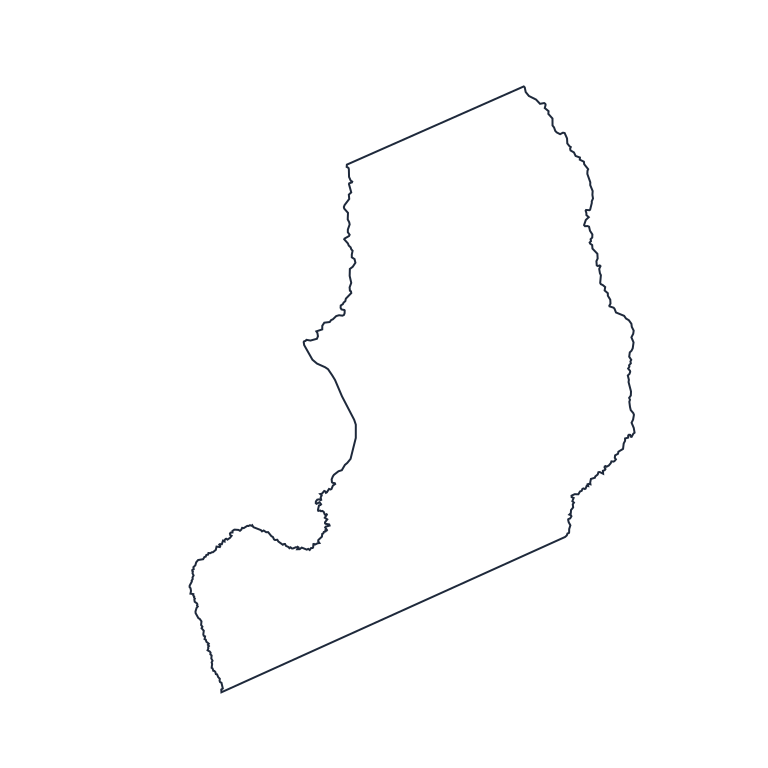 General Roca, Río Negro, Argentina (Albers equal-area conic projection), rotated 246°
{"feature_id": "61730980B10000603471831", "entity_name": "General Roca", "entity_type": "district", "adm_level": 2, "iso_a3": "ARG", "parent_name": "Argentina", "parent_adm1": "Río Negro", "projection": "albers", "projection_center": [-67.633, -38.378], "detail": "fine", "context": "isolated", "style": "outline", "palette": "slate", "viewbox_px": 768, "rotation_deg": 246, "n_neighbors": 0, "source": "geoboundaries", "source_scale": "gbopen_adm2", "svg_char_len": 6166}
<svg xmlns="http://www.w3.org/2000/svg" viewBox="0 0 768 768"><g transform="rotate(246 384 384)"><path d="M477.5,383.9L475.4,382.3L474.8,380.2L473.7,378.9L473.3,376.4L471.2,375.3L469.4,375.5L467.7,377.9L467.2,378.0L464.7,376.8L463.4,375.5L463.3,373.9L465.1,370.9L465.5,368.0L463.9,363.6L463.9,361.7L462.7,359.6L464.3,354.4L462.3,351.3L459.0,349.8L459.6,343.6L457.7,343.9L454.5,343.1L452.6,341.1L453.6,334.5L455.9,331.1L455.3,329.9L455.5,328.4L455.0,327.7L452.0,326.9L435.3,328.5L429.9,331.1L423.3,337.0L420.3,338.9L413.0,340.2L407.6,340.9L389.9,340.6L363.5,342.2L358.3,341.7L346.2,336.3L329.2,323.0L326.8,318.3L326.0,315.4L322.4,310.4L322.8,307.0L321.4,301.3L320.4,299.7L318.2,297.4L315.5,296.5L314.7,296.8L313.4,298.7L312.5,298.7L312.0,296.0L309.4,293.3L309.4,292.2L310.5,291.1L308.3,287.8L308.2,286.7L309.7,286.7L310.6,285.9L309.0,282.6L309.4,281.0L307.5,281.7L306.1,280.0L303.7,279.5L303.7,278.8L305.0,277.9L305.5,276.0L304.4,274.0L302.9,273.2L302.0,273.6L302.2,277.0L299.7,277.6L299.3,276.7L299.5,275.2L295.8,272.4L294.8,272.4L294.4,274.2L293.4,274.7L293.1,276.1L291.7,276.9L288.8,276.8L288.3,277.4L288.4,278.6L287.9,278.7L285.9,275.5L283.4,277.1L281.7,273.9L280.9,273.5L280.1,273.7L278.0,276.8L276.8,276.7L277.4,272.7L276.9,271.9L273.7,272.5L273.4,271.9L274.1,270.9L273.1,270.4L273.3,268.8L272.2,267.8L272.2,266.6L269.8,265.2L268.2,260.6L267.2,259.9L265.0,260.3L265.5,258.6L265.4,255.6L266.4,255.0L266.5,254.4L263.7,252.9L263.2,252.1L263.8,250.6L262.6,248.6L264.2,247.7L264.1,246.1L268.0,242.3L267.4,239.8L268.3,237.6L269.5,239.4L270.3,238.9L269.8,238.2L270.7,237.3L270.8,233.9L271.2,233.0L272.8,232.2L272.5,230.8L273.8,230.5L276.0,228.6L278.1,228.5L278.5,227.7L278.3,226.2L283.1,223.4L285.1,223.2L285.8,221.0L286.8,220.3L289.3,220.3L290.9,219.2L295.8,217.9L296.5,216.1L299.1,214.5L299.0,212.6L300.6,212.1L306.3,206.5L308.6,206.2L308.3,205.4L309.5,204.1L309.4,202.4L310.0,201.4L309.4,197.2L310.3,195.9L309.0,194.4L308.5,192.7L309.9,191.7L311.4,188.9L311.8,188.0L311.4,185.8L310.0,185.2L310.6,183.4L310.0,182.4L308.5,182.1L307.3,183.0L306.1,180.7L305.5,177.7L306.7,177.1L306.9,176.4L306.3,174.9L305.0,174.3L306.4,173.2L303.6,170.7L304.5,168.9L304.3,168.2L302.5,168.5L301.8,167.7L303.6,164.9L300.9,162.9L299.9,159.3L300.3,158.3L300.1,156.5L301.0,154.9L299.7,153.9L300.1,152.2L298.8,150.9L299.0,149.6L297.5,147.5L298.8,142.6L297.5,139.9L295.1,137.9L294.2,135.4L292.2,134.8L292.1,133.3L291.3,132.8L290.4,133.1L289.0,132.1L286.6,132.2L285.2,130.4L283.6,129.9L282.6,128.3L281.7,128.1L278.9,124.5L277.6,123.8L276.1,124.2L273.4,123.5L271.2,121.9L269.6,124.4L268.3,123.7L267.1,124.2L266.2,123.6L264.8,123.9L264.3,123.1L262.1,122.5L259.6,123.9L258.6,123.9L257.7,123.1L256.5,123.4L255.7,121.7L252.9,119.3L251.3,118.7L245.6,119.2L244.4,120.1L241.4,120.7L238.2,118.9L236.1,119.4L235.1,118.0L231.9,119.0L228.8,117.1L227.3,116.9L226.2,117.9L223.9,116.3L222.9,117.2L220.8,116.9L218.0,118.3L217.3,117.0L215.8,117.5L215.2,116.3L213.9,116.0L212.5,114.5L210.5,116.0L209.1,116.3L207.7,115.4L206.1,116.1L203.5,114.6L200.9,114.8L199.8,113.3L198.1,113.1L194.8,111.1L193.9,111.7L191.4,111.4L190.9,112.3L189.5,112.8L187.4,112.4L186.6,113.4L183.7,113.3L181.5,114.1L179.8,113.1L178.4,113.0L177.2,114.0L171.4,112.9L171.1,111.1L168.5,110.1L170.6,487.2L171.3,489.4L172.8,490.8L172.7,492.3L173.2,492.8L176.2,494.2L179.1,496.8L182.6,496.5L185.1,497.0L185.6,497.5L185.5,499.4L186.9,501.4L188.0,501.5L189.3,500.2L190.0,502.1L192.8,503.6L194.3,506.6L197.3,507.5L198.4,509.3L200.3,508.4L202.8,510.9L204.3,509.4L205.7,509.9L205.8,513.3L204.2,516.7L206.1,519.3L206.0,521.1L207.5,522.7L207.4,523.9L206.4,524.7L206.4,525.6L208.6,527.8L207.7,529.0L209.6,529.3L209.5,530.3L208.4,531.8L210.0,532.2L213.1,534.4L212.6,538.5L213.6,539.4L214.4,542.4L216.2,544.0L215.8,545.3L212.9,547.7L215.7,548.7L215.5,550.5L216.2,551.7L218.0,551.5L218.9,552.1L218.9,553.1L217.9,553.7L218.1,556.2L219.4,558.9L220.8,560.3L219.8,562.0L219.8,563.1L220.8,565.2L222.7,564.8L224.8,566.1L225.1,569.4L226.8,570.6L227.5,576.0L232.2,578.8L234.0,581.1L236.2,582.1L235.7,585.2L237.7,586.2L238.0,587.2L237.4,588.2L235.5,588.0L235.0,588.7L237.2,591.6L237.6,593.1L242.3,594.3L247.9,594.4L250.2,597.1L254.2,599.8L256.0,599.9L259.8,598.8L263.0,599.4L268.0,600.9L269.5,602.3L271.6,602.3L273.1,604.8L276.7,606.6L286.3,608.2L288.2,609.4L292.6,610.2L293.4,612.4L295.0,613.9L296.1,614.1L298.8,613.3L300.0,615.2L301.4,615.5L302.5,617.9L304.4,618.3L305.5,619.7L309.2,619.1L312.9,621.4L313.7,623.6L315.4,625.7L320.5,628.9L326.0,629.0L328.5,632.1L331.2,633.8L335.4,633.6L338.4,634.5L342.7,633.6L345.4,631.7L348.6,631.1L355.0,625.0L358.9,625.2L360.3,624.8L363.2,621.6L363.9,621.7L365.3,623.6L369.0,625.0L373.6,624.4L375.9,625.4L379.7,623.6L382.6,625.5L385.4,624.1L387.0,622.7L388.4,622.6L395.2,626.4L397.3,626.3L401.6,627.4L403.6,629.7L404.6,629.3L404.8,627.3L405.8,626.6L409.8,628.0L411.7,630.2L416.2,631.9L422.9,629.5L426.3,630.7L428.4,629.4L429.6,629.4L430.3,631.2L432.2,631.6L433.1,633.8L435.9,635.2L440.2,634.5L444.3,635.3L445.5,634.2L446.4,631.8L447.8,631.4L451.8,635.1L453.1,638.9L456.0,637.6L457.8,638.4L460.3,638.7L460.8,639.4L459.2,642.4L459.4,643.2L464.9,647.5L466.4,648.1L468.5,650.4L472.0,651.3L475.4,653.1L481.8,653.3L484.4,654.5L493.2,655.2L496.0,656.6L497.2,657.9L503.3,656.3L505.8,657.0L509.3,654.1L511.2,655.1L514.4,651.8L518.3,651.7L521.5,649.4L523.2,649.7L524.5,651.0L525.7,650.2L529.2,649.3L533.9,651.1L539.8,651.1L540.8,649.7L540.6,646.5L543.6,644.1L545.6,643.4L549.2,643.7L551.6,643.1L558.0,645.9L563.9,644.0L566.3,645.3L570.7,643.1L573.3,645.2L574.4,645.3L575.5,644.6L576.5,640.5L582.0,638.6L588.2,633.5L593.1,632.2L597.7,633.2L599.0,632.7L599.5,439.3L597.5,438.2L596.0,439.4L594.6,439.3L587.4,436.3L583.3,436.3L581.8,437.3L581.2,436.7L581.5,433.9L580.9,433.3L572.4,432.0L571.3,428.9L567.2,427.5L563.5,420.8L562.0,419.3L560.4,419.0L555.0,420.7L549.1,417.8L545.9,418.0L543.7,417.5L539.8,413.8L537.4,412.7L534.3,413.3L533.4,412.2L532.9,407.1L532.4,406.5L527.1,408.2L524.8,408.1L522.4,409.1L520.3,408.9L518.5,409.5L515.3,407.2L512.8,406.1L510.1,407.9L506.4,407.2L503.8,403.1L503.0,399.6L496.7,396.6L489.7,395.2L486.3,391.9L483.1,390.8L482.1,391.5L480.4,391.1L477.5,383.9Z" fill="none" stroke="#1e293b" stroke-width="2"/></g></svg>